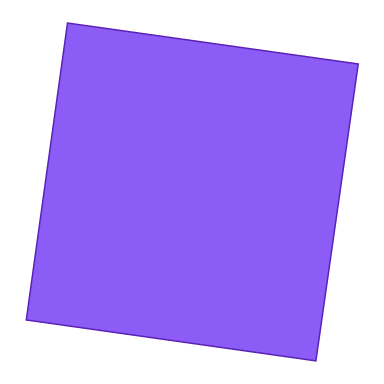 outline of Hansford, Texas, United States of America, rotated 188°
{"feature_id": "52423323B90257338049784", "entity_name": "Hansford", "entity_type": "district", "adm_level": 2, "iso_a3": "USA", "parent_name": "United States of America", "parent_adm1": "Texas", "projection": "albers", "projection_center": [-101.355, 36.277], "detail": "fine", "context": "isolated", "style": "filled", "palette": "violet", "viewbox_px": 384, "rotation_deg": 188, "n_neighbors": 0, "source": "geoboundaries", "source_scale": "gbopen_adm2", "svg_char_len": 237}
<svg xmlns="http://www.w3.org/2000/svg" viewBox="0 0 384 384"><g transform="rotate(188 192 192)"><path d="M45.8,42.0L45.2,341.9L338.8,342.0L338.8,340.4L338.3,42.2L45.8,42.0Z" fill="#8b5cf6" stroke="#5b21b6" stroke-width="1.5"/></g></svg>